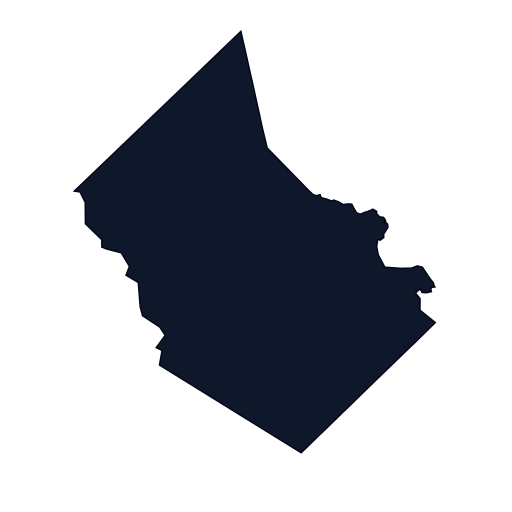 Harrison, Texas, United States of America, rotated 46°
{"feature_id": "52423323B74436267722648", "entity_name": "Harrison", "entity_type": "district", "adm_level": 2, "iso_a3": "USA", "parent_name": "United States of America", "parent_adm1": "Texas", "projection": "albers", "projection_center": [-94.284, 32.56], "detail": "fine", "context": "isolated", "style": "filled", "palette": "ink", "viewbox_px": 512, "rotation_deg": 46, "n_neighbors": 0, "source": "geoboundaries", "source_scale": "gbopen_adm2", "svg_char_len": 1651}
<svg xmlns="http://www.w3.org/2000/svg" viewBox="0 0 512 512"><g transform="rotate(46 256 256)"><path d="M147.4,358.5L160.2,350.7L175.6,354.3L179.5,362.8L193.3,359.1L212.1,374.6L220.2,379.1L240.3,374.6L250.0,376.4L252.6,391.4L258.7,389.2L267.4,401.2L428.9,360.2L428.9,355.5L428.9,355.0L428.8,333.4L428.9,330.6L428.8,311.7L428.9,311.1L428.8,310.1L428.8,306.9L428.8,305.5L428.7,303.0L428.7,301.6L428.8,297.7L428.8,290.1L428.7,284.8L428.7,283.0L428.6,256.3L428.6,253.3L428.6,224.8L428.6,219.8L428.6,217.4L428.6,206.1L428.7,204.1L428.6,196.8L428.4,173.3L408.9,175.7L400.6,167.6L393.4,167.1L393.6,160.7L397.5,161.9L400.7,159.1L403.5,154.6L400.9,153.1L400.8,151.1L402.5,148.8L400.8,148.5L398.4,147.0L395.3,146.8L392.9,146.5L388.4,145.7L379.6,144.1L375.2,146.8L372.8,152.5L365.7,160.2L353.5,171.1L340.2,167.3L333.1,162.7L329.1,157.6L329.2,156.5L330.0,155.7L330.8,155.9L331.5,151.3L329.0,149.1L327.1,141.4L324.6,139.2L321.7,139.3L321.8,140.6L320.1,141.0L320.3,140.1L320.7,138.3L319.4,137.9L318.1,137.5L316.5,137.6L316.0,138.1L315.5,138.3L314.9,139.1L315.1,139.5L312.1,139.9L309.1,139.7L307.7,138.2L303.4,139.5L302.9,141.4L301.4,145.1L300.2,147.3L298.3,152.1L294.7,153.6L289.5,152.4L285.2,151.1L282.4,153.7L279.5,157.6L274.7,158.9L269.8,161.2L269.0,163.4L264.4,165.5L259.3,168.6L256.4,167.3L254.7,170.5L251.6,172.3L245.0,172.6L222.6,172.7L204.4,172.8L189.9,172.9L186.0,172.9L169.2,163.0L159.3,156.9L156.5,155.1L151.0,151.8L142.4,146.5L128.0,137.6L120.3,133.0L100.9,121.1L93.2,116.5L84.4,111.1L83.9,110.8L83.7,198.4L83.1,341.6L87.7,338.1L98.8,341.6L114.3,356.3L137.2,355.6L142.5,360.7L147.4,358.5Z" fill="#0f172a" stroke="#020617" stroke-width="1.5"/></g></svg>